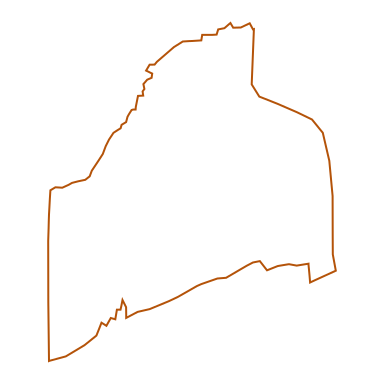 the district of Vahun, Lofa, Liberia
{"feature_id": "62588387B17909685690178", "entity_name": "Vahun", "entity_type": "district", "adm_level": 2, "iso_a3": "LBR", "parent_name": "Liberia", "parent_adm1": "Lofa", "projection": "robinson", "projection_center": [-10.503, 8.04], "detail": "fine", "context": "isolated", "style": "outline", "palette": "amber", "viewbox_px": 384, "rotation_deg": 0, "n_neighbors": 0, "source": "geoboundaries", "source_scale": "gbopen_adm2", "svg_char_len": 1512}
<svg xmlns="http://www.w3.org/2000/svg" viewBox="0 0 384 384"><path d="M253.9,29.1L253.0,29.4L249.7,23.3L240.8,27.5L233.2,27.7L230.4,23.0L224.4,28.2L218.2,29.4L216.6,34.6L211.6,34.9L202.2,34.9L201.3,40.4L192.0,41.0L189.2,41.1L182.8,41.5L173.9,47.1L156.9,61.8L154.6,64.6L149.6,64.7L146.1,70.6L152.2,73.6L151.6,77.8L147.2,79.7L143.4,84.1L144.4,89.0L142.6,91.4L143.2,95.6L138.0,95.9L135.8,106.9L135.6,109.5L133.3,109.5L131.6,110.0L128.9,114.3L127.5,116.8L126.1,122.1L121.6,124.8L120.6,128.3L117.8,130.0L113.5,132.8L109.0,139.6L105.7,146.2L102.8,154.0L98.2,161.1L91.8,170.7L89.7,176.3L85.3,179.8L78.2,181.3L72.0,182.9L68.7,184.8L62.3,187.7L55.4,187.3L50.4,190.3L49.9,198.0L49.4,207.4L49.0,214.4L48.8,220.4L48.6,228.3L48.2,240.8L48.3,302.1L49.0,361.0L49.5,360.8L65.8,356.4L84.6,345.1L96.4,335.6L99.0,329.1L101.5,322.7L104.4,324.5L106.4,325.8L110.8,318.0L115.3,319.3L116.9,309.7L120.5,309.7L121.3,306.2L122.5,300.0L126.1,307.2L126.2,314.7L126.2,317.9L137.6,311.9L149.7,309.1L168.8,301.2L177.7,297.0L196.8,286.1L201.3,284.1L217.4,278.5L226.1,277.8L227.8,276.8L240.1,269.6L246.8,265.7L251.4,263.3L252.9,262.5L259.8,261.1L261.4,263.1L267.0,270.3L268.3,269.8L277.6,266.1L279.1,265.8L287.6,264.4L289.0,264.2L296.7,265.6L308.5,263.7L308.5,264.7L309.0,269.8L309.6,276.3L310.1,282.5L315.0,280.2L335.8,270.7L332.8,254.4L332.7,234.9L332.6,196.0L329.3,160.8L322.8,132.8L318.4,127.4L318.1,127.0L312.0,119.5L296.9,112.2L277.5,103.8L259.8,96.8L259.3,96.6L251.7,84.4L253.9,29.1Z" fill="none" stroke="#b45309" stroke-width="2"/></svg>